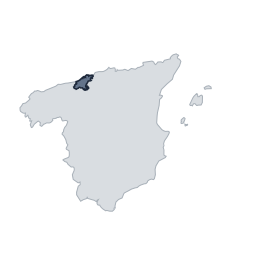 Spain, with Cantabria highlighted, rotated 337°
{"feature_id": "ESP-5813", "entity_name": "Cantabria", "entity_type": "Autonomous Community", "adm_level": 1, "iso_a3": "ESP", "parent_name": "Spain", "parent_adm1": "", "projection": "orthographic", "projection_center": [-3.983, 43.14], "detail": "fine", "context": "in_parent", "style": "filled", "palette": "slate", "viewbox_px": 256, "rotation_deg": 337, "n_neighbors": 0, "source": "natural_earth", "source_scale": "10m", "svg_char_len": 6415}
<svg xmlns="http://www.w3.org/2000/svg" viewBox="0 0 256 256"><g transform="rotate(337 128 128)"><path d="M134.1,64.7L134.2,65.3L135.2,66.5L138.5,67.1L139.3,67.6L139.2,69.2L138.4,70.7L139.1,71.3L139.9,71.2L140.8,70.0L141.0,70.8L142.5,71.4L145.8,72.6L148.0,72.7L150.5,75.2L154.3,74.5L157.8,76.8L161.0,76.1L161.8,76.6L166.8,76.4L166.9,74.4L167.5,73.5L176.3,75.8L177.5,77.4L177.4,78.3L177.9,80.3L179.1,80.1L181.3,78.9L184.4,80.1L185.2,81.2L185.8,81.3L188.0,79.9L194.1,80.9L194.3,79.9L194.7,79.6L197.1,78.5L198.2,78.3L201.4,78.6L201.9,79.7L202.6,80.1L202.9,81.1L201.1,81.8L201.0,83.6L202.3,84.9L202.7,87.4L199.7,90.9L190.7,97.1L187.9,100.5L181.0,102.7L173.8,105.6L169.7,110.2L170.9,110.4L172.3,111.8L171.9,112.5L170.0,113.6L168.3,114.0L165.4,119.5L161.2,125.3L159.7,127.9L156.4,134.5L156.5,136.3L158.5,142.7L159.6,144.3L161.0,145.7L163.7,146.7L164.5,147.9L163.6,149.1L161.0,151.2L156.5,154.1L154.6,156.4L154.2,158.4L152.9,159.4L152.5,162.3L150.7,166.4L150.6,167.5L152.1,168.9L150.7,169.8L143.5,170.4L139.0,173.7L136.8,176.6L134.9,181.8L132.5,184.9L131.4,185.5L129.6,184.2L127.5,184.0L125.4,184.5L124.4,185.6L122.7,186.2L121.0,185.7L117.4,185.5L115.8,185.6L113.3,186.4L111.1,185.9L107.5,185.6L99.7,186.3L98.7,186.6L95.2,190.1L91.4,190.1L87.9,191.5L85.5,194.8L85.0,196.6L84.4,196.2L83.8,196.3L83.5,197.7L81.1,198.5L78.5,197.3L76.3,195.6L75.1,195.5L73.3,192.8L72.5,191.1L71.9,189.3L71.9,188.0L70.3,187.2L69.9,185.6L71.2,183.5L72.8,182.3L71.3,182.4L70.2,183.7L68.8,181.5L63.3,177.0L63.6,175.4L62.7,176.6L62.0,176.8L59.1,176.5L55.8,176.9L54.6,169.5L55.6,167.0L59.5,162.1L61.8,161.5L62.8,159.0L60.7,159.0L57.5,153.9L58.5,149.3L62.0,145.9L62.6,144.5L62.8,143.2L62.2,142.3L60.4,141.7L58.6,138.0L58.3,135.6L56.8,134.3L55.6,132.0L56.8,131.7L61.5,131.8L62.6,131.3L63.5,129.8L64.5,127.3L64.8,125.8L63.0,123.5L63.0,123.1L63.2,122.4L66.1,120.0L65.6,118.2L66.2,114.4L66.0,112.1L65.8,110.3L64.9,107.9L65.6,106.9L67.1,106.2L68.3,104.3L70.0,102.7L72.3,101.5L75.0,98.7L74.6,97.4L73.7,96.7L70.6,96.0L70.3,95.4L70.5,92.3L69.7,91.1L68.5,91.2L66.8,90.6L66.3,90.9L64.1,90.7L62.6,90.1L61.9,90.6L61.7,91.7L59.0,92.7L57.5,92.6L55.1,91.5L52.4,91.7L52.1,91.5L49.7,92.6L48.9,92.6L48.0,91.0L49.4,88.9L48.3,86.7L47.6,86.6L43.2,87.9L40.6,89.8L39.5,90.0L39.2,89.6L39.3,86.8L42.1,83.8L40.4,83.5L40.5,82.7L41.7,81.3L40.6,80.2L40.8,77.1L38.4,78.0L37.8,77.8L37.9,76.5L39.5,74.2L38.0,73.8L36.9,72.8L35.6,70.7L35.6,69.6L36.5,67.1L38.6,66.1L40.7,64.5L43.5,65.0L47.6,63.7L49.1,63.0L49.1,62.0L48.6,61.2L49.1,60.5L52.5,58.6L54.5,58.4L56.6,57.5L57.9,58.2L59.1,58.0L60.4,58.9L62.2,60.8L64.8,61.6L66.9,61.1L77.7,61.3L80.8,60.5L83.1,61.6L87.7,62.3L90.5,63.2L98.1,64.9L100.9,64.9L106.5,63.4L108.0,63.8L110.2,63.0L111.3,63.1L112.7,64.2L117.6,65.6L118.9,64.4L119.9,64.1L123.4,64.8L127.0,66.3L128.9,66.3L131.6,65.9L134.1,64.7ZM204.5,126.5L205.8,127.0L207.2,126.3L208.0,126.4L208.7,126.6L209.0,127.8L206.4,133.6L204.2,135.4L201.7,134.4L200.2,134.2L199.8,133.8L199.3,132.0L198.6,131.5L197.7,131.3L195.9,132.8L195.3,131.9L194.4,131.8L194.0,131.3L194.0,130.5L199.4,125.7L201.0,124.6L204.4,123.2L204.9,123.3L204.5,124.0L205.1,124.6L204.5,126.5ZM220.4,122.7L220.0,124.3L215.6,122.6L214.2,122.5L213.8,122.2L213.8,120.7L216.6,120.2L219.0,120.7L220.4,122.7ZM181.8,144.0L181.4,145.1L179.2,144.9L178.7,144.5L179.1,143.2L179.7,143.0L179.7,142.1L180.3,141.2L183.3,140.2L184.0,140.8L184.2,141.7L182.5,143.7L181.8,144.0ZM184.2,148.3L183.9,148.6L181.5,148.5L181.5,147.8L181.9,146.7L182.8,147.7L184.2,147.8L184.2,148.3Z" fill="#d9dde1" stroke="#a8b0b8" stroke-width="1"/><path d="M98.3,65.1L98.7,65.5L99.0,65.2L99.3,65.1L99.7,65.2L99.9,65.5L100.0,65.5L100.2,65.2L100.3,65.2L100.9,65.2L102.5,65.1L102.9,64.8L103.7,64.5L104.1,64.5L104.6,64.5L104.7,64.4L104.8,64.3L104.9,64.2L105.0,64.3L105.3,64.5L105.3,64.4L105.5,64.4L105.4,64.2L105.8,63.8L106.0,63.7L106.3,63.7L106.5,63.7L106.9,63.5L107.3,63.4L107.7,63.5L108.1,63.7L107.5,64.0L107.3,64.2L107.1,64.4L107.2,64.5L107.3,64.6L107.5,64.7L107.8,64.5L108.0,64.3L108.0,64.2L108.1,64.3L108.3,64.4L108.4,64.5L108.4,64.4L108.4,64.2L108.3,63.9L108.5,63.9L108.6,64.0L108.6,63.9L108.6,63.7L109.1,63.6L109.3,63.5L109.4,63.4L109.6,63.3L110.6,63.0L110.9,63.0L110.9,63.4L111.1,63.4L111.3,63.5L111.5,63.7L112.5,63.9L112.6,64.0L112.6,64.3L112.4,64.3L112.1,64.2L112.0,64.3L111.9,64.4L111.8,64.5L111.6,64.6L111.9,64.6L112.0,64.9L112.3,64.6L112.5,64.8L113.0,64.7L113.9,65.0L114.7,65.1L115.3,65.3L115.6,65.4L115.9,65.7L116.2,65.8L116.2,66.0L116.3,66.5L116.2,66.7L116.1,66.8L115.6,67.1L115.4,67.1L115.1,67.0L114.8,67.0L114.0,67.0L113.8,67.0L113.7,67.2L112.6,68.0L112.4,68.2L112.4,68.3L112.4,68.5L112.4,68.9L112.4,69.0L112.5,69.1L112.5,69.3L112.6,69.6L112.7,69.9L112.3,69.9L111.9,69.8L111.7,69.9L111.4,69.8L111.0,69.6L110.7,69.5L110.3,69.5L110.2,69.4L109.8,69.2L109.7,69.2L109.5,69.4L109.2,69.6L108.9,70.1L108.7,70.3L108.3,70.6L108.1,70.7L108.0,70.8L107.9,70.8L107.5,70.8L107.4,70.8L107.2,70.9L107.2,71.1L107.1,71.4L107.0,71.6L106.8,71.6L106.6,71.7L106.4,71.8L106.1,72.1L105.9,72.3L105.7,72.4L105.7,72.5L105.2,73.5L105.2,73.8L105.3,73.9L105.4,74.0L105.5,74.1L106.0,74.1L106.3,73.9L106.5,73.6L106.7,73.4L106.8,73.4L107.0,73.5L107.2,73.9L107.2,74.0L106.8,74.3L106.4,74.3L106.3,74.5L106.2,74.6L106.3,74.8L106.3,75.0L106.6,75.1L106.8,74.9L107.0,74.7L107.3,74.8L107.3,75.0L107.4,75.4L107.5,75.6L107.5,75.8L107.4,76.0L106.8,76.1L106.6,76.1L106.1,76.6L105.7,76.7L105.5,76.8L105.0,76.6L105.1,76.3L105.1,76.2L105.0,75.8L105.0,75.7L104.9,75.7L104.8,75.8L104.4,76.6L103.9,76.7L103.7,76.5L103.7,76.4L103.4,76.3L103.1,76.2L102.9,76.2L102.7,76.0L102.6,75.9L102.5,75.7L102.9,75.5L103.0,75.5L103.1,75.4L103.3,75.2L103.2,75.1L103.0,74.9L102.7,75.0L102.4,75.3L102.2,75.2L102.0,74.9L102.0,74.6L102.0,74.4L101.9,74.2L101.9,73.7L101.8,73.3L101.7,73.2L100.3,72.7L100.1,72.6L100.0,72.4L99.7,71.8L99.6,71.7L99.3,71.6L99.1,71.5L98.9,71.5L98.6,71.6L98.3,71.7L98.1,71.7L97.7,72.0L97.0,71.9L96.5,72.0L95.9,72.0L95.7,72.1L95.4,72.1L95.3,71.6L95.2,71.5L95.0,71.3L94.9,71.1L94.3,70.7L94.1,70.6L94.1,70.4L94.0,70.1L94.0,69.9L94.0,69.0L94.6,68.9L94.8,68.9L95.1,68.9L95.3,68.8L95.4,68.6L95.4,68.3L95.5,68.2L95.5,67.8L95.5,67.7L95.9,67.5L96.0,67.5L96.3,67.5L96.5,67.5L96.7,67.4L96.8,67.2L97.1,67.0L97.3,67.0L97.6,67.1L97.7,67.3L97.8,67.4L98.0,67.3L98.1,67.2L98.2,66.9L98.1,66.6L98.0,66.3L98.0,66.2L97.9,66.1L98.0,66.0L98.1,65.7L98.3,65.4L98.2,65.2L98.3,65.1ZM114.2,67.7L114.5,67.7L114.7,68.1L114.7,68.3L114.3,68.5L114.2,68.4L114.2,67.7Z" fill="#64748b" stroke="#1e293b" stroke-width="1.5"/></g></svg>